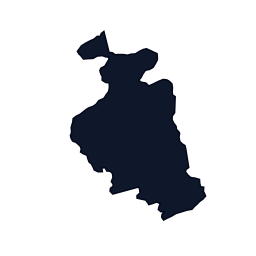 Aratuípe, Bahia, Brazil, rotated 69°
{"feature_id": "56859067B37330443565805", "entity_name": "Aratuípe", "entity_type": "district", "adm_level": 2, "iso_a3": "BRA", "parent_name": "Brazil", "parent_adm1": "Bahia", "projection": "equal_earth", "projection_center": [-39.08, -13.09], "detail": "fine", "context": "isolated", "style": "filled", "palette": "ink", "viewbox_px": 256, "rotation_deg": 69, "n_neighbors": 0, "source": "geoboundaries", "source_scale": "gbopen_adm2", "svg_char_len": 2020}
<svg xmlns="http://www.w3.org/2000/svg" viewBox="0 0 256 256"><g transform="rotate(69 128 128)"><path d="M149.1,82.1L146.8,83.3L143.7,82.5L139.5,83.6L136.1,83.9L132.8,82.5L130.4,79.0L115.6,72.7L113.4,74.4L110.8,74.1L108.2,72.9L105.8,71.9L102.5,71.2L99.2,72.7L96.9,74.6L95.3,77.8L95.4,83.1L95.9,88.5L96.2,93.5L92.4,95.2L89.8,99.5L87.2,100.8L85.6,97.8L82.6,94.4L80.4,91.0L81.0,86.9L80.4,82.8L77.6,79.3L74.8,76.1L72.1,75.1L69.0,74.2L60.6,82.4L60.2,85.5L60.5,89.6L61.5,94.7L60.2,98.5L59.9,102.2L57.7,106.2L56.0,110.5L55.0,113.7L52.2,115.6L50.6,118.6L29.2,115.9L30.2,119.1L32.5,121.1L31.4,123.9L32.8,127.7L33.1,132.4L33.6,136.8L34.6,142.0L36.8,145.3L38.3,147.8L41.2,147.3L43.6,146.1L47.6,144.9L49.1,140.0L50.5,135.7L49.8,131.0L51.2,126.1L53.8,123.0L55.1,120.3L57.3,121.5L59.4,124.2L62.0,127.5L62.4,131.8L64.3,133.7L67.9,134.0L70.6,133.6L74.2,135.0L77.6,132.4L79.1,129.4L83.6,130.9L87.0,133.0L89.3,136.7L91.6,139.6L92.0,145.5L94.4,149.3L95.3,153.2L95.1,157.0L95.7,160.4L97.0,164.4L98.1,168.1L98.3,171.5L99.5,175.8L102.8,177.5L105.2,179.4L107.5,181.0L110.0,181.6L112.3,182.5L114.3,184.4L117.1,184.8L120.3,184.4L122.9,181.6L127.6,179.2L130.8,179.1L133.4,180.9L136.1,178.9L138.8,176.0L142.5,176.5L145.9,176.5L148.1,175.1L151.6,174.6L155.1,174.5L158.1,171.7L159.6,167.6L155.9,166.9L156.9,163.6L160.5,163.2L162.1,160.1L164.9,158.8L168.9,159.8L172.1,162.8L174.8,162.0L177.1,162.8L178.0,166.0L180.5,167.4L184.2,165.9L186.9,139.3L189.6,139.1L193.0,140.1L194.4,143.9L196.7,144.7L198.9,141.5L201.5,137.4L204.6,136.4L207.0,136.0L207.3,132.1L207.4,127.6L210.4,125.0L212.2,127.0L215.0,128.9L218.0,127.3L219.1,124.1L220.9,127.2L223.4,128.5L226.7,127.8L226.2,123.8L226.0,119.5L225.0,113.9L225.3,110.3L225.8,102.6L226.8,97.4L225.2,94.4L223.8,90.8L222.3,87.6L221.2,83.5L219.3,79.9L214.0,80.2L210.4,78.5L208.8,81.3L205.7,80.9L201.6,79.7L199.0,83.1L196.7,87.2L193.8,88.8L189.7,90.1L187.5,88.7L186.7,85.5L168.9,81.7L164.8,81.1L162.5,82.9L159.2,84.5L154.9,83.7L151.4,81.7L149.1,82.1Z" fill="#0f172a" stroke="#020617" stroke-width="1.5"/></g></svg>